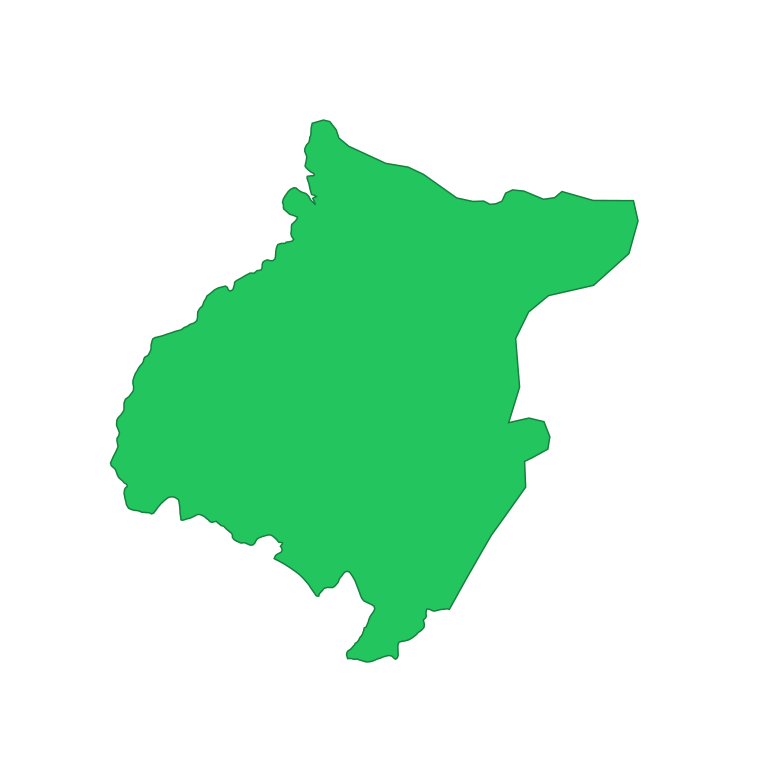 the district of Tavush, Tavush, Armenia, rotated 167°
{"feature_id": "60910142B30577123692851", "entity_name": "Tavush", "entity_type": "district", "adm_level": 2, "iso_a3": "ARM", "parent_name": "Armenia", "parent_adm1": "Tavush", "projection": "equal_earth", "projection_center": [45.447, 40.841], "detail": "fine", "context": "isolated", "style": "filled", "palette": "green", "viewbox_px": 768, "rotation_deg": 167, "n_neighbors": 0, "source": "geoboundaries", "source_scale": "gbopen_adm2", "svg_char_len": 5581}
<svg xmlns="http://www.w3.org/2000/svg" viewBox="0 0 768 768"><g transform="rotate(167 384 384)"><path d="M167.3,531.5L175.8,527.2L187.0,528.1L204.3,540.5L215.1,544.2L222.5,542.6L227.9,535.6L234.5,534.4L240.3,535.2L245.7,539.8L256.4,541.9L271.3,548.9L288.1,567.8L298.5,579.5L311.7,589.9L332.7,598.6L364.8,623.5L372.6,633.8L373.4,642.4L377.8,651.9L383.6,654.8L395.3,654.2L395.6,653.4L396.6,651.7L397.6,649.1L398.6,645.5L399.4,642.9L401.0,640.8L401.3,639.4L402.8,636.4L405.9,634.2L408.1,631.3L408.9,628.6L408.5,626.0L408.1,623.8L408.5,621.7L410.0,618.0L411.4,615.3L411.9,613.8L411.1,612.0L409.7,609.8L407.8,607.3L405.1,604.9L404.9,603.4L406.0,602.8L408.4,603.3L412.1,603.6L412.7,601.8L412.1,596.7L412.2,589.8L411.9,584.9L409.3,583.5L407.8,581.7L410.3,581.5L411.7,580.9L410.8,577.3L410.4,574.1L414.0,579.6L415.2,584.0L417.2,587.1L420.9,589.4L423.4,591.7L425.6,594.8L427.6,595.5L431.3,594.7L434.0,593.1L436.7,590.7L438.6,589.0L440.6,586.7L442.1,583.6L441.7,581.2L442.3,578.8L442.4,577.3L441.3,575.7L439.2,572.7L437.7,570.6L433.5,568.1L430.8,566.0L431.8,564.3L433.9,562.6L436.7,561.0L438.1,560.1L438.9,558.0L439.7,554.5L440.9,551.4L440.8,548.5L439.4,545.4L441.2,543.9L444.8,543.9L447.4,544.2L448.3,543.5L448.7,543.3L452.6,544.1L456.0,543.8L457.5,542.0L458.8,539.6L458.9,539.4L460.0,536.2L461.2,532.2L462.2,530.4L464.0,529.3L465.6,529.3L467.7,530.0L469.4,531.1L471.1,531.1L473.5,530.5L474.7,529.8L475.8,527.8L476.7,524.5L478.1,522.8L479.4,522.8L482.1,523.0L484.1,522.0L485.6,521.1L487.4,521.7L488.6,521.9L489.5,522.2L492.2,521.5L494.5,520.9L495.3,520.7L499.2,519.4L504.6,517.9L506.7,516.7L507.5,514.2L509.8,510.3L511.6,509.3L513.4,509.4L514.6,510.9L514.9,513.4L516.5,515.1L519.0,515.0L523.8,514.9L528.0,513.8L532.1,511.6L536.7,509.6L538.3,507.4L541.0,504.6L543.3,500.9L545.2,499.9L546.7,498.9L549.2,496.2L550.0,493.6L550.9,490.3L552.2,487.8L555.2,486.2L559.8,485.7L562.6,484.5L566.2,483.9L569.5,482.4L573.1,482.3L574.1,482.3L575.9,482.2L579.3,481.8L583.8,481.4L589.5,480.8L596.7,480.7L599.0,480.0L599.9,478.8L600.2,478.3L602.1,474.6L603.1,470.5L604.9,467.8L607.6,464.9L611.1,463.9L612.4,462.4L613.5,459.9L614.9,458.4L617.6,456.5L619.9,454.4L621.4,452.6L624.1,449.9L626.4,446.4L627.9,443.6L628.6,440.7L628.6,437.4L629.3,435.4L629.8,433.8L632.8,431.2L635.6,428.9L639.3,427.4L641.6,424.0L642.5,420.2L643.2,417.1L644.6,415.6L647.2,413.2L650.4,411.1L652.2,409.2L653.1,406.9L653.9,403.9L653.3,400.0L652.7,396.0L654.3,393.0L656.3,391.2L657.0,388.8L657.1,385.8L657.2,382.8L658.9,380.5L660.9,377.9L663.8,374.5L666.2,371.3L668.3,368.4L668.1,365.7L666.9,364.0L665.2,361.6L664.7,359.6L664.3,355.4L663.6,352.7L662.4,350.8L660.5,348.3L659.4,346.1L657.5,344.5L657.1,342.9L657.4,341.7L658.9,341.2L660.4,339.8L661.0,338.3L661.8,336.3L662.0,333.4L662.1,330.8L662.0,327.5L662.1,324.3L660.8,320.4L658.4,318.5L655.5,317.0L652.0,315.8L648.5,313.4L646.2,312.7L644.8,312.3L643.3,311.7L641.9,311.5L639.7,309.7L637.6,310.0L634.7,312.3L631.8,314.9L628.3,317.5L627.4,318.0L623.6,320.2L619.5,322.0L617.6,322.0L614.9,321.5L612.8,320.2L610.3,317.5L610.3,314.8L610.5,311.9L610.9,308.5L611.9,303.0L611.9,301.3L612.0,300.2L612.4,297.3L611.2,296.6L609.0,296.6L606.6,296.9L603.2,296.9L599.3,297.7L599.2,297.7L595.2,298.8L592.7,298.2L590.5,296.7L588.4,294.7L587.1,292.8L586.0,291.5L585.7,291.2L584.8,289.4L584.0,288.7L583.7,288.4L582.5,287.9L579.9,288.0L578.1,287.8L577.4,286.4L576.0,284.7L574.7,282.8L572.2,281.5L570.5,278.6L567.8,274.9L566.4,273.3L565.7,271.4L566.2,268.6L565.3,266.4L564.7,265.7L563.5,264.4L560.9,262.5L559.2,261.2L555.4,260.7L553.1,258.9L550.5,257.0L547.9,256.7L545.9,257.8L543.0,261.2L540.6,262.2L536.7,262.7L533.0,262.9L531.4,263.0L528.6,262.5L526.6,260.8L524.4,257.8L523.0,255.4L522.2,253.6L518.7,252.2L519.1,250.9L520.4,250.1L521.5,249.0L520.7,247.6L520.6,245.1L522.2,243.2L525.1,242.5L527.3,241.8L528.8,240.7L530.3,238.6L529.2,237.6L527.1,235.9L522.2,231.6L517.4,226.7L512.0,220.7L509.0,217.0L506.3,212.7L502.6,205.7L501.2,201.7L500.6,200.3L497.6,192.8L495.4,191.9L494.2,194.1L491.0,196.3L488.3,198.4L485.0,198.5L479.7,197.2L477.2,198.2L473.4,201.0L471.1,204.4L468.2,206.6L464.9,209.4L462.3,209.8L460.6,209.1L459.4,207.5L457.9,203.5L456.5,199.0L455.7,193.3L454.8,186.8L454.4,183.1L453.8,180.0L452.4,177.2L450.2,175.4L445.9,172.0L443.7,169.8L443.6,166.9L445.2,164.8L447.5,162.7L449.8,160.6L451.8,157.8L452.8,155.7L454.1,154.1L455.9,151.4L458.2,150.7L459.2,148.5L461.3,145.1L462.8,143.6L464.6,142.3L466.2,140.2L467.8,138.9L468.8,138.2L470.3,137.9L471.3,136.5L472.7,135.6L474.5,134.2L475.9,133.3L477.5,132.6L479.0,132.1L480.4,130.9L480.7,130.2L481.4,128.4L481.2,124.6L480.1,124.4L477.8,123.9L476.2,123.0L474.5,122.4L471.7,121.9L470.1,120.7L467.0,119.0L463.9,117.2L460.9,116.6L457.9,116.6L455.2,116.9L452.9,117.5L449.2,117.7L446.2,118.3L445.6,118.3L443.2,118.4L440.6,118.4L439.8,118.1L437.6,117.2L435.6,114.1L434.4,113.2L432.7,114.2L431.4,116.0L430.9,118.1L430.3,121.1L429.5,125.4L428.6,127.7L427.2,129.1L424.7,129.2L421.8,129.0L417.9,129.1L415.0,129.8L411.6,131.2L408.6,132.7L406.5,134.2L403.1,135.5L399.8,137.8L398.8,140.4L398.7,143.1L398.7,145.3L396.0,146.8L394.8,148.5L394.9,149.9L394.3,152.5L393.1,155.0L391.6,154.8L389.8,153.8L387.6,152.1L386.4,151.5L383.8,151.4L379.6,151.5L375.7,151.0L373.2,150.8L371.8,150.1L371.0,149.7L347.6,175.7L329.2,195.6L316.7,209.0L313.2,212.7L304.5,220.3L292.4,231.0L269.2,251.6L264.4,276.9L255.2,279.1L239.0,283.7L234.3,295.2L236.6,311.3L250.4,318.2L271.2,318.3L252.6,350.4L245.5,398.7L226.9,421.6L203.8,433.1L157.6,433.0L116.0,456.0L105.2,475.9L99.8,485.8L99.7,506.6L109.3,508.8L138.9,515.8L167.3,531.5Z" fill="#22c55e" stroke="#15803d" stroke-width="1.5"/></g></svg>